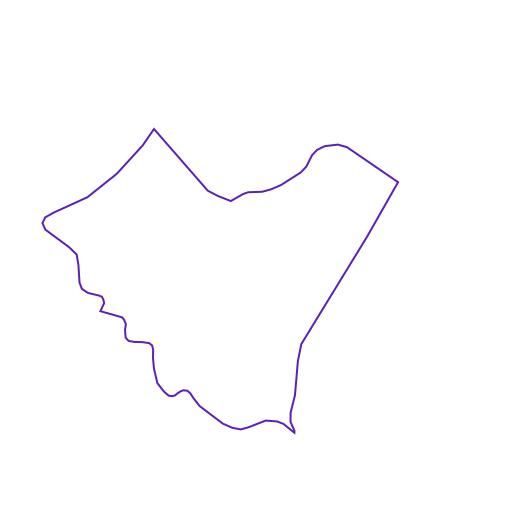 Bạc Liêu, orthographic projection, rotated 322°
{"feature_id": "VNM-506", "entity_name": "Bạc Liêu", "entity_type": "Province", "adm_level": 1, "iso_a3": "VNM", "parent_name": "Vietnam", "parent_adm1": "", "projection": "orthographic", "projection_center": [105.432, 9.309], "detail": "fine", "context": "isolated", "style": "outline", "palette": "violet", "viewbox_px": 512, "rotation_deg": 322, "n_neighbors": 0, "source": "natural_earth", "source_scale": "10m", "svg_char_len": 1071}
<svg xmlns="http://www.w3.org/2000/svg" viewBox="0 0 512 512"><g transform="rotate(322 256 256)"><path d="M413.4,285.3L355.6,309.1L237.5,353.3L224.4,364.5L201.0,389.7L186.8,400.8L181.1,407.9L178.7,417.4L177.4,418.9L174.3,405.3L170.9,399.5L162.4,391.7L144.2,386.2L137.3,383.3L131.7,377.0L126.7,367.8L119.2,339.7L119.2,329.3L119.7,324.1L119.0,319.9L115.9,317.0L113.0,316.2L109.6,315.9L106.4,316.0L103.7,314.9L101.2,312.3L100.0,306.2L100.0,295.5L106.3,281.8L112.1,272.9L117.2,266.6L119.1,262.5L118.1,258.8L113.1,253.6L107.4,249.0L103.3,244.4L103.0,240.1L107.3,233.6L111.5,229.6L112.8,224.9L112.7,221.9L99.4,203.7L107.4,199.6L108.9,196.2L109.5,193.3L108.0,190.6L100.8,181.6L98.6,174.7L100.5,168.4L110.5,153.8L115.6,144.4L114.1,133.9L106.2,105.5L108.0,98.6L113.6,95.8L123.1,97.2L159.4,105.9L196.9,105.5L234.8,99.1L253.8,93.1L258.2,174.8L262.9,185.2L270.0,197.2L283.9,199.2L289.0,200.9L300.3,209.1L308.5,212.6L319.5,215.5L342.8,217.7L350.8,216.5L362.4,211.0L369.4,210.0L377.9,211.8L389.2,218.7L394.7,226.3L413.4,285.3Z" fill="none" stroke="#5b21b6" stroke-width="2"/></g></svg>